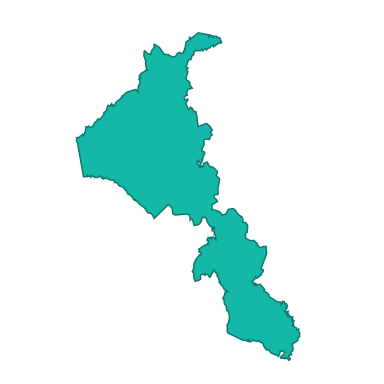 Zapotiltic, Jalisco, Mexico (Equal Earth projection), rotated 5°
{"feature_id": "50627088B15187841007732", "entity_name": "Zapotiltic", "entity_type": "district", "adm_level": 2, "iso_a3": "MEX", "parent_name": "Mexico", "parent_adm1": "Jalisco", "projection": "equal_earth", "projection_center": [-103.32, 19.618], "detail": "fine", "context": "isolated", "style": "filled", "palette": "teal", "viewbox_px": 384, "rotation_deg": 5, "n_neighbors": 0, "source": "geoboundaries", "source_scale": "gbopen_adm2", "svg_char_len": 6034}
<svg xmlns="http://www.w3.org/2000/svg" viewBox="0 0 384 384"><g transform="rotate(5 192 192)"><path d="M73.9,153.7L82.6,186.4L85.3,185.9L86.1,184.5L86.6,185.7L88.1,184.9L89.8,186.2L90.4,184.1L90.9,185.1L91.9,184.8L93.7,186.1L94.6,185.5L96.3,185.9L99.4,184.0L100.5,185.7L102.4,186.6L102.4,185.3L103.8,186.2L105.0,185.6L110.3,187.3L112.4,186.9L113.3,187.3L114.0,189.3L115.7,189.0L118.0,190.9L118.4,191.9L123.7,193.5L124.5,195.2L127.3,197.2L127.4,198.3L128.7,200.0L129.9,199.7L131.0,200.9L132.0,200.9L132.3,201.9L134.0,203.2L134.0,204.1L135.2,205.1L136.2,204.7L136.2,205.4L137.8,205.9L140.6,208.6L145.7,211.6L150.0,216.7L153.2,216.7L155.0,219.1L155.6,219.2L155.6,220.1L156.7,221.7L169.4,206.6L173.4,209.5L174.9,215.5L177.3,216.4L187.8,214.5L191.1,214.7L192.4,217.9L192.6,220.2L193.3,219.2L194.9,219.0L197.0,225.1L201.1,224.0L202.5,222.8L203.9,220.0L204.2,216.3L205.5,216.7L207.6,216.0L208.9,217.5L208.8,218.3L211.0,222.2L212.9,224.2L214.8,225.1L215.3,226.9L216.5,226.3L216.9,225.2L217.6,226.0L216.0,227.2L215.4,228.8L216.9,228.9L217.9,230.1L217.9,232.7L219.3,233.3L219.9,237.4L217.2,235.1L215.2,235.6L215.3,236.8L214.1,235.6L213.4,236.4L212.1,235.8L211.1,238.7L212.6,239.3L212.8,240.4L211.8,241.8L212.7,242.8L209.6,243.7L203.6,248.5L204.4,249.4L204.0,250.7L204.8,251.5L205.7,251.1L206.7,253.4L206.1,254.1L205.0,253.9L201.6,259.1L200.1,263.9L200.5,268.1L199.6,269.7L200.0,270.9L199.4,271.3L200.7,272.5L201.2,276.4L202.7,280.6L206.2,279.5L208.3,277.9L207.6,275.5L208.1,273.7L209.7,273.0L212.3,273.7L212.2,272.5L214.4,272.6L217.1,275.4L218.2,273.9L218.4,271.5L219.4,271.1L219.9,268.6L221.2,268.0L222.3,270.3L224.5,271.1L224.6,272.2L224.0,273.0L225.1,273.9L226.7,277.5L227.0,279.7L228.0,279.2L228.7,281.7L230.5,282.9L232.7,286.4L236.2,287.8L235.9,288.5L234.2,288.0L233.5,290.0L233.5,291.7L232.0,295.2L233.1,296.4L234.2,301.0L235.8,302.0L237.1,307.2L238.3,307.5L239.9,311.2L240.5,315.2L239.8,316.8L240.2,318.0L238.5,321.7L239.2,324.2L239.1,327.4L240.0,329.3L256.4,335.5L261.5,334.0L260.1,335.8L263.1,336.3L265.8,334.3L269.4,335.2L272.1,334.3L272.7,335.5L275.9,336.5L276.7,338.9L279.9,342.9L281.7,342.3L284.6,345.2L289.1,347.0L290.5,346.9L292.4,348.4L293.5,345.3L293.6,342.9L296.8,342.6L298.1,343.8L298.1,345.4L295.7,347.3L294.6,349.1L294.9,349.8L296.3,349.3L297.0,349.8L297.6,349.2L299.1,350.0L301.0,348.8L302.9,351.1L304.1,350.6L304.4,349.3L303.1,348.4L302.9,346.2L305.3,345.4L304.5,343.0L306.2,341.2L306.4,339.0L305.4,337.7L305.8,337.0L305.2,334.7L310.3,330.8L310.4,328.5L311.8,326.6L311.4,322.9L310.8,322.7L310.2,319.2L308.5,320.3L307.8,318.3L303.9,316.3L304.8,315.4L304.1,314.8L304.5,313.9L303.3,312.0L304.4,312.5L304.9,311.5L303.9,311.2L303.6,310.3L303.1,310.6L303.1,309.6L302.3,309.2L303.1,307.6L301.0,307.8L300.5,307.1L299.8,308.0L299.0,305.5L298.1,307.2L297.7,307.0L297.6,305.2L297.1,304.7L297.7,304.4L298.3,302.5L295.1,303.4L294.4,302.8L296.6,299.7L295.8,298.4L296.8,298.1L296.9,296.9L295.6,295.1L294.2,295.3L293.6,293.3L292.0,292.9L290.5,296.5L290.0,294.0L286.5,293.9L277.9,289.4L277.7,287.8L276.0,286.1L272.4,284.5L272.3,283.6L273.0,283.0L268.1,278.0L265.8,278.8L263.9,278.0L263.9,279.7L262.7,278.9L262.2,279.3L261.8,278.6L262.6,277.6L261.0,277.8L261.2,277.0L259.5,275.9L262.2,273.3L262.5,271.1L263.9,272.4L268.0,268.7L268.1,267.4L269.8,265.1L269.8,263.4L267.4,262.6L271.7,246.9L270.5,239.8L267.4,240.2L266.1,241.3L264.4,241.2L261.7,239.2L262.0,238.2L257.9,234.8L254.5,235.4L250.0,233.8L248.8,230.2L249.6,227.3L250.5,227.2L250.4,220.8L249.9,219.8L248.2,217.9L245.2,217.7L245.1,214.5L243.5,212.1L242.7,212.4L241.8,211.3L240.6,211.2L240.4,210.3L238.0,208.5L237.4,206.9L234.8,205.0L229.7,206.1L227.7,210.9L224.3,212.5L222.1,209.9L219.6,208.7L213.2,207.5L213.2,202.7L218.1,199.3L217.4,197.7L215.1,196.3L214.2,193.9L214.3,193.0L217.9,192.2L218.4,190.9L217.4,187.2L218.4,176.7L217.1,175.2L215.1,174.4L214.8,173.4L215.6,170.4L215.3,169.1L211.1,165.6L207.2,165.1L204.5,160.8L201.1,162.6L200.8,164.0L201.4,165.2L200.7,166.0L199.6,165.4L198.5,166.8L197.6,166.8L198.9,165.4L197.6,164.3L197.1,165.4L194.9,163.7L195.2,163.1L194.4,162.2L194.5,161.1L195.7,159.8L196.4,160.8L196.1,161.3L198.2,162.9L199.6,160.0L199.8,157.9L199.1,158.1L201.4,152.3L200.9,151.1L198.3,150.4L198.4,146.8L199.4,145.6L199.9,143.2L199.2,139.2L200.7,138.0L204.7,138.2L204.5,137.4L205.3,137.0L205.6,134.5L207.1,133.4L205.3,131.1L206.8,128.5L204.2,125.1L201.0,122.7L199.6,122.7L192.5,126.4L189.6,114.0L189.1,114.2L189.0,111.8L187.2,111.9L184.8,108.5L183.0,107.7L182.4,109.5L181.2,110.0L179.5,106.9L178.2,104.1L179.9,100.4L179.5,99.8L176.9,101.2L176.1,99.3L176.2,98.0L177.3,96.4L178.9,96.0L177.9,94.0L178.9,90.2L183.2,88.6L180.2,85.2L180.5,83.5L178.9,81.8L177.1,81.2L176.3,79.4L176.2,77.5L177.5,72.7L175.7,71.0L177.3,69.0L175.6,68.5L175.4,67.3L177.0,60.6L179.3,60.2L179.9,58.3L179.6,57.2L182.0,54.8L181.6,52.5L183.5,50.8L188.5,50.5L189.2,49.1L189.8,49.0L190.6,50.3L192.0,48.1L193.0,48.1L193.9,49.2L196.1,46.9L197.6,46.7L198.0,45.3L199.3,44.1L200.4,44.1L200.8,45.4L206.5,40.8L207.2,41.4L208.5,40.5L206.3,36.1L203.1,35.5L203.0,34.8L200.5,35.0L199.7,36.0L199.6,34.8L195.6,34.0L196.1,35.9L195.5,36.3L194.5,33.9L184.3,32.9L177.5,39.4L176.5,38.2L175.8,38.3L176.4,40.2L173.0,43.1L172.6,49.1L172.0,50.1L172.6,50.9L171.5,52.3L171.3,54.1L168.9,55.0L167.3,54.0L165.3,55.2L163.7,58.4L160.6,59.4L156.5,57.2L152.4,57.3L146.9,50.8L142.5,48.3L141.3,48.2L141.7,51.6L139.6,54.4L138.8,58.7L135.4,57.7L132.7,55.5L132.1,56.1L132.2,60.6L134.4,65.1L134.5,67.6L135.4,71.5L136.9,74.7L135.3,74.6L134.9,75.7L131.0,78.1L130.6,79.7L129.6,79.9L129.4,82.0L130.8,82.6L129.2,84.4L130.6,86.0L130.6,88.1L129.4,91.2L129.4,97.1L127.2,94.7L118.7,98.0L115.8,100.9L114.1,103.6L113.8,102.9L113.0,105.0L108.5,109.1L107.6,112.1L106.3,113.6L105.5,111.9L104.3,113.0L104.1,111.3L102.5,113.6L100.7,113.1L99.3,119.0L97.3,120.4L97.4,122.7L93.6,128.0L92.4,127.3L91.3,128.1L90.8,129.9L89.2,130.9L87.2,135.6L85.5,136.7L83.3,135.4L82.5,136.5L80.8,136.1L80.5,140.9L79.1,145.3L78.0,144.0L77.0,145.5L75.4,146.4L75.3,147.5L72.2,147.9L72.7,149.5L72.4,150.5L73.9,153.7Z" fill="#14b8a6" stroke="#0f766e" stroke-width="1.5"/></g></svg>